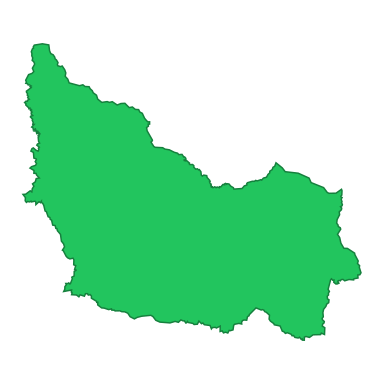 outline of Lan Sak, Uthai Thani, Thailand
{"feature_id": "78962969B44597518735554", "entity_name": "Lan Sak", "entity_type": "district", "adm_level": 2, "iso_a3": "THA", "parent_name": "Thailand", "parent_adm1": "Uthai Thani", "projection": "orthographic", "projection_center": [99.474, 15.557], "detail": "fine", "context": "isolated", "style": "filled", "palette": "green", "viewbox_px": 384, "rotation_deg": 0, "n_neighbors": 0, "source": "geoboundaries", "source_scale": "gbopen_adm2", "svg_char_len": 5860}
<svg xmlns="http://www.w3.org/2000/svg" viewBox="0 0 384 384"><path d="M134.4,318.9L137.4,317.3L141.8,316.2L150.9,315.3L153.0,316.6L155.8,320.3L159.9,322.1L170.0,322.9L175.1,321.4L178.4,322.3L180.9,319.9L183.1,320.9L184.4,320.8L185.8,323.0L186.5,322.8L187.4,321.4L188.2,322.5L192.9,323.4L194.1,324.5L197.4,324.2L198.9,321.1L201.5,323.7L202.9,323.0L204.3,324.7L210.1,325.5L211.4,328.9L212.4,327.6L215.2,327.3L216.4,328.0L220.2,326.1L220.1,331.5L222.2,330.9L223.5,332.9L225.5,332.2L227.8,333.0L229.2,330.4L230.3,330.7L233.0,329.9L233.7,325.3L234.5,324.3L238.9,323.4L241.7,324.0L241.6,322.1L242.5,320.6L244.0,320.0L246.7,320.2L247.5,316.6L249.1,315.7L249.2,314.8L256.0,307.9L261.2,310.0L262.4,309.6L263.9,310.2L264.7,311.6L266.2,312.2L269.5,315.2L269.1,319.1L270.4,321.1L273.8,323.6L274.3,324.8L280.1,326.0L282.3,331.2L283.7,331.6L285.4,333.4L287.3,332.7L291.1,334.2L292.1,335.8L293.5,335.5L294.9,337.4L298.2,338.0L299.5,337.2L301.1,339.2L302.2,339.0L302.3,340.1L304.3,340.2L304.4,337.1L306.0,336.5L309.5,337.4L313.1,334.8L320.6,334.6L321.3,333.1L324.5,334.5L324.8,327.7L322.3,326.1L322.7,324.0L324.0,323.0L324.3,321.5L322.4,319.7L322.1,318.4L323.3,316.8L322.9,312.6L323.6,309.3L325.9,306.4L326.7,304.1L328.7,302.7L329.0,299.8L327.5,298.9L327.2,296.2L328.5,295.0L328.4,293.1L329.4,291.5L328.1,289.3L330.6,279.8L331.5,278.8L332.7,280.2L334.0,280.0L333.8,282.3L335.9,284.0L337.3,283.9L338.9,283.2L338.2,282.0L337.6,282.0L338.1,280.8L339.1,280.4L340.2,280.9L341.3,279.6L343.0,279.4L344.7,280.8L349.0,279.5L353.6,279.9L353.6,279.1L354.5,278.7L358.0,278.0L357.8,275.0L359.8,274.8L361.0,272.8L359.3,267.4L359.6,265.7L357.5,263.5L358.2,261.0L354.9,254.7L354.6,253.1L347.4,248.4L343.9,248.3L340.9,243.2L339.7,237.7L337.5,234.3L340.7,229.2L340.3,227.8L338.3,226.5L337.9,224.7L336.7,223.3L337.1,219.6L339.6,214.7L339.2,211.9L341.4,209.8L341.7,208.1L340.5,206.7L342.0,205.8L342.4,204.6L341.5,202.6L342.0,201.8L341.2,199.2L342.0,197.6L341.4,197.6L340.8,196.3L341.8,195.1L342.0,190.7L341.5,189.3L336.0,193.2L328.9,193.3L327.2,192.4L323.6,187.6L311.1,182.6L309.1,178.1L298.2,173.2L285.2,171.7L282.3,167.9L276.0,162.8L274.7,166.3L273.0,167.3L272.2,169.6L269.8,171.2L269.7,172.9L268.0,174.4L266.5,177.2L263.4,178.1L261.7,180.1L260.9,179.7L257.2,180.9L255.6,180.4L254.5,181.3L252.2,181.3L247.5,182.7L246.8,183.5L246.9,185.0L244.3,185.9L242.1,188.5L233.9,189.1L233.4,187.7L230.7,186.1L229.0,184.0L226.9,183.7L226.6,184.2L225.4,183.4L224.3,184.1L224.5,184.7L222.9,184.5L220.8,186.9L219.5,186.7L219.3,187.7L217.1,187.0L216.1,187.7L214.8,186.8L213.1,187.7L211.8,187.3L212.1,186.7L211.1,186.6L211.3,185.7L210.8,185.3L211.2,184.2L210.3,183.7L209.5,181.8L210.1,181.4L209.7,180.4L207.1,177.5L206.7,175.6L203.7,175.1L202.3,176.1L201.3,175.1L200.9,171.7L199.3,169.6L198.7,169.9L197.3,168.8L195.8,169.2L193.8,167.3L193.9,165.8L193.3,165.1L192.5,164.5L190.0,164.6L189.2,163.8L189.5,163.1L186.3,160.3L185.8,160.9L184.2,160.5L184.2,159.8L185.8,159.8L185.8,158.3L184.6,156.9L183.9,157.1L182.0,154.4L178.7,154.6L177.6,153.2L174.3,152.3L169.3,149.8L164.9,149.1L162.7,147.7L155.2,147.3L153.9,146.6L151.0,142.1L152.4,140.7L152.3,139.9L147.1,130.8L146.6,127.5L148.4,126.2L148.2,124.2L149.6,124.1L149.6,121.8L148.1,121.9L147.0,121.1L144.6,118.3L142.3,113.3L139.8,112.0L138.6,109.6L135.3,109.4L132.4,107.0L129.2,107.6L124.9,103.3L121.0,103.5L117.2,105.0L112.3,101.7L109.4,102.4L107.2,101.6L101.8,102.4L97.7,99.1L96.5,95.2L93.2,92.8L92.3,90.7L90.1,88.7L89.1,86.7L85.0,86.5L82.9,84.8L79.5,85.7L69.1,82.9L67.8,79.2L65.2,76.3L65.8,72.9L64.7,69.7L62.2,66.0L60.5,66.6L57.7,65.7L57.4,64.5L58.0,62.6L56.5,60.0L55.0,58.7L54.8,57.2L53.2,54.8L50.8,53.6L49.6,50.9L48.8,44.9L42.4,43.8L34.3,45.1L33.2,47.0L33.5,48.2L32.4,48.9L31.3,51.8L31.9,53.4L31.8,55.8L32.7,57.9L32.2,60.5L33.6,61.5L34.5,63.4L34.5,64.5L32.4,68.2L33.8,71.6L32.0,73.4L28.6,74.6L25.7,80.2L26.4,82.2L25.8,83.3L27.5,83.7L28.2,85.0L29.3,84.8L31.2,86.0L30.1,86.7L31.2,87.6L26.4,91.2L26.5,92.3L27.5,93.6L27.3,95.3L28.4,96.4L27.7,97.7L29.3,99.3L27.6,100.2L27.4,101.3L25.9,101.2L24.6,102.6L25.9,103.5L25.8,105.0L28.7,107.8L28.9,108.7L30.0,108.2L30.3,109.8L31.0,109.4L31.6,110.0L30.8,110.7L32.0,112.1L31.2,112.8L31.2,114.0L32.7,115.6L30.7,116.2L30.4,116.9L32.6,119.2L32.2,120.3L33.2,122.4L32.8,124.3L34.1,124.4L31.7,127.1L33.0,127.8L33.4,130.0L35.4,128.9L35.8,130.3L34.8,131.0L37.3,131.2L36.4,132.5L36.8,133.7L37.7,133.5L37.2,132.2L37.8,131.5L39.9,133.7L39.7,134.2L38.8,133.7L39.0,135.5L38.1,135.9L38.8,136.7L38.2,137.5L38.6,141.5L39.6,143.1L37.5,144.0L36.8,145.2L39.3,147.2L38.4,148.2L38.8,149.3L38.1,151.1L36.0,150.2L33.3,147.9L32.0,148.6L30.9,151.1L33.4,152.4L33.9,158.1L36.2,158.9L36.4,159.6L35.2,161.6L36.5,163.5L35.6,165.3L31.5,166.7L30.0,168.1L34.0,170.5L33.9,173.3L36.1,173.4L36.5,174.9L39.3,178.0L36.2,178.6L35.3,181.8L32.5,183.9L33.9,186.2L32.3,188.7L31.8,191.9L30.2,190.8L25.7,194.2L23.0,194.4L25.4,197.6L25.2,200.8L26.4,202.4L27.6,201.5L29.5,201.9L31.0,201.4L31.1,200.6L31.5,201.9L35.0,201.2L35.8,202.0L35.9,204.6L39.0,201.7L40.5,202.7L41.4,201.4L41.4,202.5L42.7,203.3L43.8,205.5L45.1,211.0L46.4,211.7L48.1,216.7L49.9,217.5L50.2,219.3L51.6,220.2L52.7,225.1L55.2,225.6L55.8,228.4L56.9,228.6L57.4,230.7L60.5,234.4L61.4,241.1L63.6,243.9L64.5,246.9L62.4,250.2L63.3,250.7L66.1,256.2L67.6,257.8L69.9,258.9L73.0,258.2L73.9,259.8L73.7,264.8L75.7,265.6L74.6,269.5L75.9,269.8L76.0,270.4L74.2,271.4L74.1,276.0L71.8,277.2L72.3,278.8L70.4,283.7L69.6,283.9L68.8,282.9L68.0,283.5L65.8,283.5L66.3,284.7L64.9,286.6L64.8,289.2L63.7,291.5L71.6,290.0L71.3,292.0L72.1,292.8L71.6,294.7L76.5,295.0L78.9,296.8L80.1,294.8L84.4,296.2L85.5,293.7L87.6,293.7L88.0,294.8L88.7,295.1L90.2,294.6L91.4,296.0L91.4,298.2L96.5,301.3L96.7,302.4L97.8,302.3L97.7,304.9L101.6,307.9L104.1,308.1L108.7,309.6L111.5,308.9L111.8,310.1L114.4,310.2L115.0,310.9L119.8,310.8L121.8,311.7L124.7,311.8L127.8,313.2L130.1,316.7L134.4,318.9Z" fill="#22c55e" stroke="#15803d" stroke-width="1.5"/></svg>